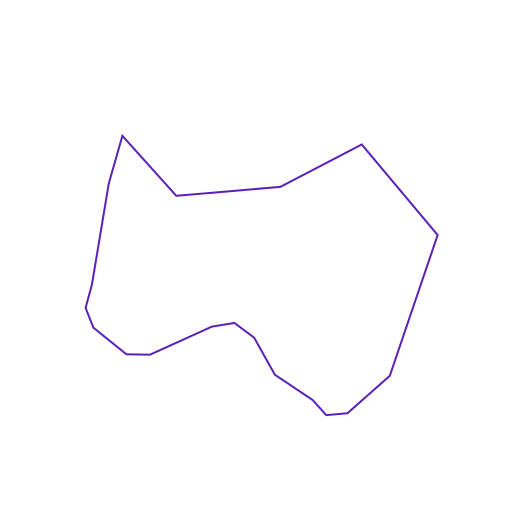 map outline of Airai (Mercator projection), rotated 29°
{"feature_id": "PLW-5245", "entity_name": "Airai", "entity_type": "state/province", "adm_level": 1, "iso_a3": "PLW", "parent_name": "Palau", "parent_adm1": "", "projection": "mercator", "projection_center": [134.557, 7.394], "detail": "fine", "context": "isolated", "style": "outline", "palette": "violet", "viewbox_px": 512, "rotation_deg": 29, "n_neighbors": 0, "source": "natural_earth", "source_scale": "10m", "svg_char_len": 403}
<svg xmlns="http://www.w3.org/2000/svg" viewBox="0 0 512 512"><g transform="rotate(29 256 256)"><path d="M404.7,149.6L431.1,295.9L412.2,349.2L394.6,361.1L375.4,354.5L330.1,350.7L293.9,328.3L269.6,325.0L251.7,339.1L211.1,393.7L190.3,404.8L148.5,397.5L132.1,384.0L126.4,360.7L92.1,264.0L80.9,215.7L157.1,242.0L243.8,183.7L294.4,107.2L404.7,149.6Z" fill="none" stroke="#5b21b6" stroke-width="2"/></g></svg>